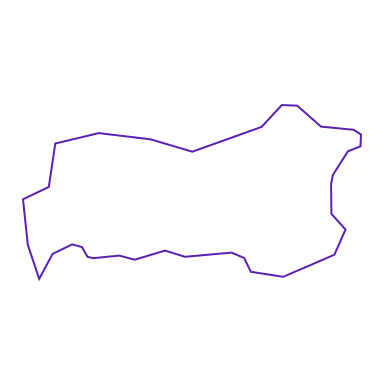 map outline of Wakefield (Natural Earth projection)
{"feature_id": "GBR-5675", "entity_name": "Wakefield", "entity_type": "Metropolitan Borough", "adm_level": 1, "iso_a3": "GBR", "parent_name": "United Kingdom", "parent_adm1": "", "projection": "natural_earth1", "projection_center": [-1.408, 53.656], "detail": "fine", "context": "isolated", "style": "outline", "palette": "violet", "viewbox_px": 384, "rotation_deg": 0, "n_neighbors": 0, "source": "natural_earth", "source_scale": "10m", "svg_char_len": 535}
<svg xmlns="http://www.w3.org/2000/svg" viewBox="0 0 384 384"><path d="M39.2,278.9L27.8,244.8L23.0,199.3L48.8,186.9L55.3,143.5L98.8,133.1L150.4,139.3L192.3,151.7L261.6,126.9L281.8,105.1L297.1,105.6L321.0,126.6L353.6,129.8L361.0,134.5L360.5,146.3L347.9,151.3L332.8,175.1L331.1,184.3L331.4,213.8L345.5,229.5L334.4,254.7L283.2,276.8L250.8,271.8L244.2,258.0L231.5,252.6L185.1,256.8L165.1,250.6L134.6,259.7L119.2,255.6L93.0,258.2L87.5,256.8L82.0,247.1L72.1,244.4L52.6,253.9L39.2,278.9Z" fill="none" stroke="#5b21b6" stroke-width="2"/></svg>